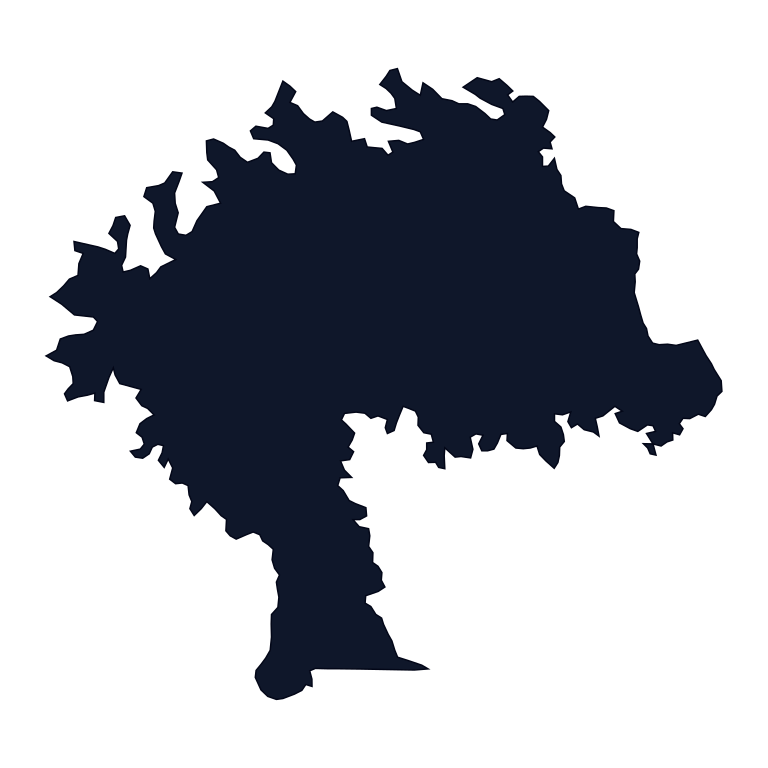 the district of Marquinho, Paraná, Brazil
{"feature_id": "56859067B92570894307913", "entity_name": "Marquinho", "entity_type": "district", "adm_level": 2, "iso_a3": "BRA", "parent_name": "Brazil", "parent_adm1": "Paraná", "projection": "mercator", "projection_center": [-52.258, -25.123], "detail": "fine", "context": "isolated", "style": "filled", "palette": "ink", "viewbox_px": 768, "rotation_deg": 0, "n_neighbors": 0, "source": "geoboundaries", "source_scale": "gbopen_adm2", "svg_char_len": 5639}
<svg xmlns="http://www.w3.org/2000/svg" viewBox="0 0 768 768"><path d="M705.3,416.5L711.4,409.7L714.5,404.3L717.0,396.1L721.9,391.4L721.2,380.7L714.2,369.5L711.4,363.7L706.0,355.5L697.7,340.1L676.2,345.4L667.6,344.2L659.1,344.7L652.6,343.1L648.0,336.0L646.5,328.5L643.1,323.1L640.7,315.0L638.5,306.8L634.2,292.6L635.2,281.8L634.8,274.0L638.5,269.2L639.7,261.1L636.6,253.9L637.2,247.6L637.2,238.8L638.8,232.4L630.9,229.4L621.0,228.6L613.4,221.5L613.9,210.7L606.4,208.0L598.3,207.6L585.8,206.3L578.4,209.1L574.7,197.9L564.2,190.8L561.5,183.9L560.9,175.5L556.9,169.4L554.4,158.3L548.3,166.1L542.5,166.4L542.5,156.9L538.3,151.7L543.4,148.1L552.0,148.8L550.1,142.0L554.8,137.0L550.2,132.6L542.5,127.1L546.5,119.3L548.7,110.6L539.5,101.4L533.3,96.4L526.0,96.2L519.2,96.4L512.7,102.0L507.6,94.9L512.8,91.0L507.0,85.4L499.2,78.7L491.7,81.7L477.2,77.7L463.1,87.2L475.3,94.4L480.0,98.1L491.7,104.4L502.9,108.5L504.8,114.6L497.2,120.0L490.7,119.0L484.9,113.5L475.7,106.5L467.7,103.8L458.8,103.8L452.0,100.7L441.9,98.7L432.7,89.3L423.0,82.8L420.3,95.3L412.3,90.2L401.9,81.7L397.4,68.6L389.9,70.5L386.2,76.3L379.8,84.5L386.1,88.5L391.0,93.2L394.8,98.4L396.4,108.5L386.4,110.6L376.9,107.2L371.4,108.5L371.4,115.2L381.8,122.1L399.6,126.0L414.0,129.5L420.3,131.8L423.6,139.4L414.4,142.4L407.6,144.0L398.8,140.4L388.4,141.3L392.9,152.1L388.0,155.2L382.1,148.4L375.5,147.8L367.2,147.0L364.5,138.7L351.6,141.3L349.1,130.1L346.9,121.4L342.6,117.3L332.8,111.9L322.4,121.0L314.8,122.1L309.5,119.0L303.4,113.6L297.6,105.7L289.9,102.4L295.7,91.6L289.9,86.1L282.9,81.1L274.9,101.4L271.8,106.8L265.3,112.9L273.7,118.7L273.3,125.1L268.1,128.4L255.9,126.2L250.4,130.9L253.7,138.7L268.1,140.0L278.0,143.7L286.8,150.2L293.0,159.0L296.4,165.1L295.2,173.8L287.8,174.2L278.8,170.1L271.5,162.7L270.0,152.8L263.9,152.1L258.0,158.3L247.5,162.3L240.2,157.3L234.7,150.2L228.6,147.0L223.4,143.3L213.6,139.0L206.4,140.9L206.8,152.5L207.7,159.9L216.6,169.8L218.7,177.6L212.4,181.7L202.8,182.3L214.2,191.0L220.6,203.2L206.8,206.7L202.8,212.4L197.0,220.6L192.1,231.6L186.0,235.3L178.3,234.0L174.6,227.3L178.2,212.8L175.2,203.3L174.6,193.0L178.9,181.9L182.0,173.1L172.7,171.8L164.7,183.0L158.6,185.6L146.7,187.7L143.9,196.6L152.9,203.2L155.3,211.3L154.1,221.2L153.7,228.0L155.5,233.8L161.4,246.6L165.4,253.9L175.8,259.5L160.8,266.9L156.5,272.7L149.8,278.7L147.9,269.0L140.6,265.8L130.4,270.3L123.1,272.0L121.6,265.3L125.5,257.1L126.1,246.9L126.5,240.2L127.7,234.0L130.1,225.3L124.6,215.8L115.7,217.5L113.0,225.6L108.9,233.4L117.5,241.4L118.7,248.9L114.8,253.4L105.3,249.3L97.9,246.9L90.3,245.2L74.0,241.5L74.9,250.6L83.2,253.4L78.9,263.6L78.0,275.4L69.4,279.1L63.6,285.9L56.6,292.6L50.1,296.7L61.7,304.2L74.4,314.9L93.4,317.0L97.6,321.5L93.3,330.2L84.1,334.3L75.6,334.9L68.5,336.0L60.3,339.0L56.6,350.2L46.1,355.9L54.1,360.7L62.1,362.8L69.7,366.7L72.8,376.6L73.2,383.6L68.2,388.8L64.5,393.8L67.6,400.9L78.1,396.9L87.3,395.2L94.9,393.1L94.6,400.6L103.8,402.4L103.8,392.2L109.0,377.3L113.3,367.8L115.1,374.9L119.8,383.6L141.2,389.4L136.0,398.0L141.8,405.7L147.6,408.4L154.1,414.9L146.7,418.6L140.0,423.7L136.3,432.7L142.1,437.2L144.3,444.1L140.3,449.1L130.4,451.2L135.3,457.1L142.7,458.2L149.2,453.8L152.3,447.1L157.8,444.3L163.5,445.6L162.1,452.8L158.4,460.3L164.2,467.4L168.2,459.0L172.7,467.9L169.7,479.2L175.6,483.7L182.3,483.0L188.1,485.6L189.1,494.9L191.8,501.5L189.9,508.7L194.2,515.5L201.3,508.6L206.8,501.6L214.8,508.7L221.2,515.7L226.5,519.4L225.9,530.8L230.2,535.8L236.2,539.1L246.3,534.7L253.1,532.0L259.8,534.7L262.7,540.9L268.2,544.6L273.3,549.3L272.1,559.8L274.6,568.3L279.5,575.0L276.4,582.1L277.4,589.0L278.9,597.2L277.9,607.4L271.5,614.5L271.2,623.9L271.5,637.1L270.2,650.3L265.7,658.1L261.1,664.3L256.1,670.4L255.3,677.4L261.0,689.9L267.8,696.4L276.4,699.4L282.9,698.5L294.5,694.1L301.9,690.3L305.8,684.5L312.0,686.4L311.9,679.1L309.7,670.8L315.4,668.4L327.3,668.7L336.2,668.7L359.8,669.0L414.4,670.0L428.1,668.9L421.8,665.2L408.3,660.6L397.6,657.2L394.8,650.3L391.9,640.9L388.2,634.4L383.5,624.3L381.6,618.1L375.8,614.4L370.9,606.6L365.1,603.1L365.7,595.7L378.2,591.4L384.9,587.0L381.3,580.2L381.9,572.6L378.0,566.3L372.6,562.5L372.9,552.7L368.6,546.4L369.8,535.8L368.6,528.7L359.2,526.7L353.0,519.6L359.8,519.6L366.6,515.9L365.9,507.7L355.3,503.6L349.1,500.5L343.2,490.6L337.7,485.6L340.1,477.8L351.6,477.4L344.4,470.1L340.5,460.9L349.7,459.6L353.6,451.7L348.1,447.1L352.2,440.0L354.6,433.1L345.9,424.0L341.4,419.9L344.5,413.4L356.1,412.1L364.9,413.2L370.9,418.3L378.0,415.9L387.4,419.5L385.3,427.7L387.4,433.5L394.1,430.5L396.4,422.9L399.4,415.2L403.1,406.3L408.8,408.4L415.4,411.1L418.3,417.1L418.0,425.3L423.8,432.7L431.3,434.2L433.4,442.2L426.7,443.0L426.7,449.7L423.6,455.4L428.5,462.5L435.6,462.3L438.7,467.4L444.8,468.7L444.2,455.8L444.8,447.8L455.1,457.1L461.0,456.5L470.6,457.9L472.9,449.3L470.2,437.2L475.9,433.9L483.0,435.2L478.7,443.9L481.8,450.8L487.6,450.8L493.9,449.1L497.4,443.0L500.9,434.4L507.4,433.5L507.0,440.6L515.8,448.0L523.2,448.7L530.3,448.0L537.0,446.0L539.7,454.5L545.9,460.9L554.2,468.3L557.9,462.5L559.4,455.5L559.7,447.1L564.3,441.5L563.4,434.6L560.9,427.0L554.5,421.4L554.5,413.8L562.5,414.8L570.8,411.9L567.9,421.6L571.4,427.7L577.5,424.0L584.2,429.7L593.4,432.0L599.0,436.1L597.2,426.6L595.3,418.3L602.9,415.9L607.6,412.1L614.9,406.3L622.3,411.2L615.2,413.6L619.5,422.9L630.3,428.7L637.8,431.4L642.7,428.1L647.4,424.9L653.0,425.7L655.6,431.4L646.5,433.5L653.0,443.9L661.1,446.0L667.0,441.9L672.8,440.0L672.6,432.8L679.6,434.8L683.0,428.7L679.3,423.7L683.0,418.3L689.8,418.6L698.3,414.2L705.3,416.5ZM653.0,443.9L643.4,443.7L647.7,448.0L650.2,453.8L656.0,455.1L653.0,443.9Z" fill="#0f172a" stroke="#020617" stroke-width="1.5"/></svg>